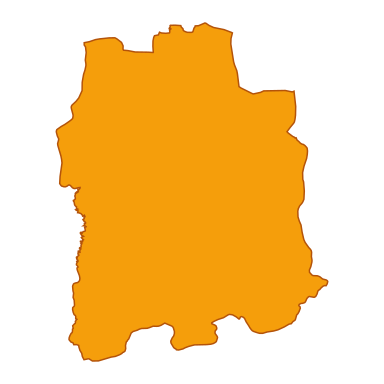 the district of Phu Sing, Si Sa Ket, Thailand
{"feature_id": "78962969B17972305807054", "entity_name": "Phu Sing", "entity_type": "district", "adm_level": 2, "iso_a3": "THA", "parent_name": "Thailand", "parent_adm1": "Si Sa Ket", "projection": "albers", "projection_center": [104.106, 14.491], "detail": "fine", "context": "isolated", "style": "filled", "palette": "amber", "viewbox_px": 384, "rotation_deg": 0, "n_neighbors": 0, "source": "geoboundaries", "source_scale": "gbopen_adm2", "svg_char_len": 5775}
<svg xmlns="http://www.w3.org/2000/svg" viewBox="0 0 384 384"><path d="M84.0,359.7L87.8,358.9L89.0,358.8L92.4,361.0L98.4,360.9L111.1,357.1L115.4,356.4L119.7,354.7L121.8,353.5L122.7,352.5L123.6,352.2L125.0,351.1L125.7,348.7L125.5,345.5L126.3,341.9L127.1,341.2L127.8,339.9L128.7,339.0L131.2,333.0L133.1,331.5L137.3,330.2L139.5,329.1L141.5,328.5L147.2,328.3L149.5,327.6L153.1,326.2L156.9,326.3L158.8,326.1L161.0,325.3L164.8,323.1L171.9,326.1L173.2,327.4L174.4,331.3L174.4,333.5L173.7,335.9L172.3,337.8L170.9,340.8L170.8,341.8L171.1,343.2L173.7,347.6L175.2,348.7L175.7,348.7L176.4,349.8L178.6,350.0L183.0,348.9L185.0,347.8L188.7,346.4L194.4,344.9L206.6,344.6L210.8,344.2L213.4,343.5L215.2,342.5L216.3,341.6L217.5,337.8L217.5,337.2L217.0,336.1L215.1,333.4L215.0,332.7L215.2,330.9L216.6,329.3L216.8,328.1L216.1,326.0L215.1,325.2L211.8,323.7L211.8,322.7L214.5,321.1L218.0,319.5L223.5,317.7L228.4,314.7L229.5,314.4L232.5,314.8L236.3,316.9L238.9,319.0L239.5,318.9L240.4,317.0L241.2,316.6L241.8,316.6L242.8,317.0L244.0,317.8L244.7,318.7L246.2,321.9L248.7,325.7L249.9,327.8L251.4,329.8L252.3,330.7L253.5,331.4L257.3,332.7L259.5,333.3L262.8,333.3L267.1,332.0L273.6,331.0L278.0,329.8L284.3,326.9L289.1,324.1L291.3,323.7L292.9,321.6L294.9,320.3L295.4,319.5L296.7,314.9L297.9,313.7L299.1,311.5L300.3,308.2L300.0,306.7L299.1,306.0L298.8,305.4L299.2,304.4L300.9,303.5L302.7,303.3L304.7,302.6L305.5,301.7L306.9,298.5L308.6,296.7L309.4,296.5L314.1,297.3L315.1,296.9L315.9,296.2L317.1,293.9L317.8,291.3L318.4,290.4L319.8,289.5L321.0,288.0L323.2,286.1L324.6,285.6L326.1,285.7L327.2,283.8L327.7,281.8L327.7,281.3L327.2,280.6L326.1,279.9L322.6,279.0L319.9,276.8L318.8,276.3L317.4,275.8L313.0,275.6L311.8,274.9L309.5,272.3L309.4,270.0L310.8,266.7L311.9,262.0L312.0,260.1L311.4,256.6L311.6,252.2L311.2,250.6L310.4,249.3L308.7,247.5L305.1,242.4L303.8,239.5L302.1,232.2L301.0,225.0L299.3,221.1L298.0,216.9L297.8,211.1L298.3,208.7L299.7,205.8L301.9,203.3L302.8,201.9L303.9,199.3L304.3,191.0L303.6,181.9L302.8,179.5L302.6,172.6L304.0,166.2L306.6,158.5L307.3,154.2L307.5,151.0L307.2,148.5L306.9,147.7L305.1,145.7L303.5,144.5L301.7,144.0L300.3,143.1L298.9,141.6L297.0,140.0L296.1,137.8L295.2,138.1L294.9,137.6L294.2,137.1L292.8,136.5L288.3,133.1L287.0,131.7L290.2,127.4L293.6,123.3L294.4,121.9L295.0,119.2L295.5,115.3L295.7,106.4L294.0,91.2L293.0,91.7L292.1,91.9L285.2,90.5L263.7,90.9L260.5,92.4L253.5,93.9L252.5,93.7L241.0,88.0L239.4,86.9L239.0,86.6L237.4,73.7L236.8,70.7L234.5,64.9L233.6,61.7L230.8,44.0L231.0,38.6L232.4,32.9L231.7,32.5L224.0,29.6L213.6,27.5L209.0,25.4L206.0,23.3L204.9,23.0L198.5,25.7L195.2,25.9L195.0,26.8L194.0,28.1L193.0,31.4L192.6,32.0L191.3,32.4L187.1,32.3L184.5,31.3L183.3,30.4L182.9,28.6L181.3,27.1L180.8,25.6L175.2,25.2L170.4,25.3L170.1,25.6L170.3,25.9L170.0,27.1L169.2,28.3L169.2,28.9L169.7,29.3L170.6,28.6L170.9,28.9L169.6,30.4L169.8,31.9L169.5,32.9L165.8,33.3L161.5,33.0L159.5,32.2L158.4,34.9L154.5,35.7L153.7,37.4L153.0,41.0L152.9,46.4L153.3,52.3L153.1,52.5L148.2,52.2L135.2,52.0L127.9,50.6L123.5,50.2L123.0,49.2L123.1,45.9L121.5,42.4L116.8,38.8L114.9,37.8L109.1,37.9L99.6,38.9L95.5,39.6L89.3,41.7L84.2,42.7L84.2,45.0L85.5,46.9L86.2,52.6L85.3,60.1L85.9,63.8L85.9,65.7L85.0,70.0L83.6,74.3L82.5,80.5L82.2,82.5L82.1,90.6L78.8,97.9L76.0,101.4L72.2,104.9L71.4,106.2L71.2,107.2L71.4,108.6L73.0,114.7L73.1,115.9L72.7,118.3L71.8,119.4L69.5,121.2L64.9,124.4L61.2,126.5L57.4,129.2L56.8,129.7L56.3,131.2L56.4,132.4L57.3,135.9L58.7,138.9L58.5,140.3L57.6,143.7L57.9,145.7L60.9,155.9L61.6,159.5L62.0,163.0L60.1,176.4L59.7,183.6L61.0,185.5L61.7,186.1L64.0,186.8L65.5,186.8L67.0,186.2L68.5,185.1L69.3,185.0L70.4,185.5L72.5,187.8L73.9,188.5L74.9,188.6L78.7,187.6L80.1,187.5L79.9,188.5L79.0,189.4L77.9,189.4L77.9,189.9L78.4,190.3L78.4,190.8L77.6,191.4L78.1,191.9L77.6,192.2L76.5,192.0L76.3,192.3L76.7,192.8L76.6,193.1L75.7,192.9L75.3,193.3L75.3,195.0L74.8,196.0L75.3,197.3L75.2,198.0L75.4,198.8L74.4,199.9L73.4,200.4L73.3,200.8L74.1,202.0L74.6,204.8L75.4,206.0L76.5,206.8L76.4,208.4L77.8,209.1L76.4,209.8L75.8,209.8L76.3,210.4L77.8,210.6L78.1,210.9L77.6,212.7L79.1,212.9L80.9,213.6L82.2,214.9L82.6,216.1L84.4,215.2L85.0,216.7L84.0,217.0L84.2,218.7L83.1,219.4L82.9,219.7L83.7,220.4L84.2,221.6L85.2,222.0L85.6,222.8L85.5,223.3L84.8,223.4L84.3,223.8L84.7,225.0L83.6,225.7L84.8,225.7L85.0,226.1L86.1,226.7L85.9,227.0L84.9,227.0L84.6,227.6L85.0,228.5L85.3,230.7L84.8,231.3L83.1,231.6L82.0,233.4L81.3,233.4L81.3,232.4L81.1,232.2L80.5,232.5L80.3,233.0L80.6,233.8L81.2,233.9L81.2,234.5L81.7,235.3L83.5,236.3L81.7,237.1L81.3,237.6L83.4,239.7L82.6,240.1L82.6,240.6L82.8,240.9L82.6,241.3L80.8,241.1L80.4,241.3L80.5,241.8L81.4,241.9L81.3,242.4L82.0,242.9L81.0,243.4L81.6,244.0L81.5,244.5L81.0,245.1L81.2,246.6L80.7,247.7L80.3,247.4L79.6,247.8L79.5,248.7L80.7,249.1L80.1,249.6L80.0,250.4L79.7,251.0L79.9,251.7L78.7,251.0L78.2,251.2L78.3,251.7L79.2,251.8L79.4,252.0L79.2,252.5L78.0,253.0L78.0,254.1L78.8,255.0L78.8,255.4L76.6,257.1L76.7,257.4L77.2,257.6L77.0,258.5L76.6,258.3L76.7,258.9L77.4,259.8L78.1,261.1L77.9,261.4L77.6,261.3L77.7,260.9L76.7,261.4L76.9,261.9L77.5,261.5L77.6,261.9L76.6,263.3L76.4,264.8L77.3,265.7L78.1,267.0L77.2,267.7L77.0,268.7L77.4,270.4L79.4,275.6L79.9,278.3L79.7,280.0L79.2,281.1L78.1,282.2L77.4,282.6L75.4,283.0L74.1,283.5L73.5,284.0L72.8,285.6L72.6,286.4L73.0,290.9L73.6,293.1L73.1,297.4L74.2,300.3L74.5,305.2L74.1,306.4L73.3,307.0L72.7,307.7L72.6,309.7L73.2,312.3L74.1,314.6L75.3,315.5L75.7,316.3L75.7,318.7L76.7,319.0L76.8,319.2L76.4,319.2L76.1,320.4L75.3,321.3L75.5,322.1L75.2,323.4L74.4,323.9L72.7,325.8L73.2,328.5L72.5,329.1L72.5,331.0L72.2,332.5L71.1,333.4L69.9,335.7L69.2,337.6L69.0,339.3L69.1,339.8L70.9,342.0L73.0,342.8L73.8,344.7L76.6,344.6L78.7,345.4L78.9,347.0L79.9,350.3L81.7,353.3L82.4,356.6L84.0,359.7Z" fill="#f59e0b" stroke="#b45309" stroke-width="1.5"/></svg>